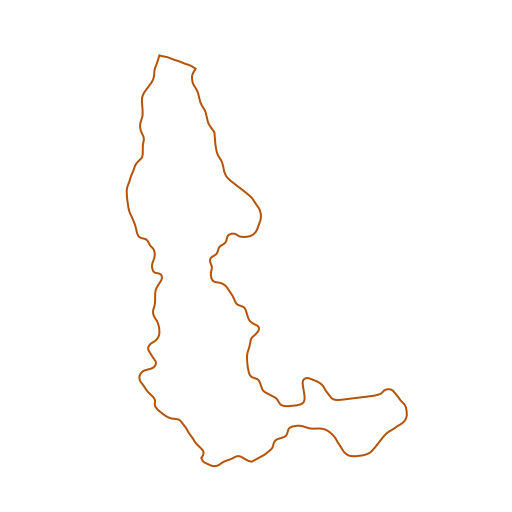 Los Cacaos, San Cristóbal, Dominican Republic (Albers equal-area conic projection), rotated 353°
{"feature_id": "3306468B25553756069478", "entity_name": "Los Cacaos", "entity_type": "district", "adm_level": 2, "iso_a3": "DOM", "parent_name": "Dominican Republic", "parent_adm1": "San Cristóbal", "projection": "albers", "projection_center": [-70.319, 18.609], "detail": "fine", "context": "isolated", "style": "outline", "palette": "amber", "viewbox_px": 512, "rotation_deg": 353, "n_neighbors": 0, "source": "geoboundaries", "source_scale": "gbopen_adm2", "svg_char_len": 5398}
<svg xmlns="http://www.w3.org/2000/svg" viewBox="0 0 512 512"><g transform="rotate(353 256 256)"><path d="M184.5,45.1L182.2,50.5L178.4,57.8L177.7,60.1L176.7,64.9L175.9,67.2L175.3,68.4L173.0,71.6L166.5,78.4L164.7,80.4L163.3,82.6L162.2,85.1L161.6,89.1L161.2,97.2L160.8,101.2L160.2,103.8L157.4,110.0L156.9,112.3L156.7,114.8L157.0,118.3L158.7,123.3L159.0,125.2L158.8,127.2L157.2,132.2L155.9,141.6L155.1,143.7L154.5,144.6L153.8,145.3L149.7,148.5L148.2,150.0L146.9,151.8L144.8,156.1L141.4,162.0L139.5,166.4L136.8,171.5L136.0,173.8L135.7,175.1L135.4,177.7L135.1,181.8L135.1,187.3L135.3,192.7L135.6,195.4L136.1,198.0L137.4,201.8L139.5,209.3L140.0,211.9L140.7,218.5L141.3,220.8L141.7,221.9L142.4,222.8L143.2,223.5L144.0,224.0L148.4,225.8L149.2,226.4L149.8,227.2L150.8,228.9L152.2,232.6L152.7,233.4L154.9,236.3L155.6,238.3L155.8,240.6L155.6,242.9L155.3,244.1L154.5,246.2L152.5,250.1L151.8,252.2L151.5,253.4L151.5,255.7L151.9,257.8L152.3,258.8L152.9,259.6L153.7,260.2L154.5,260.6L157.8,261.7L158.5,262.1L159.2,262.7L159.8,263.6L160.0,264.5L160.1,265.5L159.9,266.6L159.0,268.6L154.4,274.2L153.0,276.3L152.4,277.4L151.9,278.7L151.3,281.4L150.4,288.2L149.9,290.8L149.2,293.1L147.8,296.1L147.1,298.1L146.9,300.5L147.2,302.8L148.0,304.8L149.9,308.8L150.3,310.1L150.8,312.7L151.1,315.5L151.0,318.2L150.7,320.9L150.3,322.3L149.2,324.5L148.5,325.4L146.9,327.0L145.1,328.2L141.2,330.0L139.6,331.3L138.3,332.8L137.9,333.7L137.7,334.7L137.7,335.7L138.3,337.6L141.4,344.3L143.3,347.8L143.6,348.8L143.6,349.9L143.4,350.9L143.0,351.9L142.4,352.7L140.8,354.0L139.8,354.5L137.8,355.1L131.7,355.9L129.6,356.7L128.7,357.3L127.0,358.9L125.8,360.8L125.4,362.7L125.5,364.7L126.1,366.7L128.9,371.5L131.0,375.9L132.3,377.9L136.6,383.2L137.6,385.0L138.2,386.8L138.2,387.7L137.4,391.0L137.4,391.9L138.0,393.8L139.7,396.6L142.1,399.2L144.7,401.8L147.4,404.2L149.4,405.5L151.4,406.6L153.5,407.3L157.4,408.2L159.2,408.9L160.0,409.4L161.1,410.7L164.7,416.6L165.8,418.6L167.6,423.2L171.0,429.2L173.0,433.7L174.3,435.6L178.5,440.9L179.6,442.7L179.9,443.7L180.0,444.7L179.8,445.7L179.0,447.5L177.1,449.8L178.1,452.8L178.6,453.6L179.4,454.4L181.1,455.6L185.7,458.4L187.8,459.3L188.9,459.5L191.4,459.5L192.5,459.3L193.6,458.9L197.5,456.9L199.7,456.0L206.8,454.4L211.7,452.6L213.7,452.4L214.8,452.6L216.8,453.5L221.5,457.1L223.4,458.4L224.5,458.9L226.7,459.6L239.6,454.6L241.6,453.5L247.1,450.0L248.6,448.6L249.2,447.8L251.1,443.3L252.3,441.8L253.1,441.2L255.0,440.4L261.4,439.2L263.2,438.5L264.0,437.9L265.1,436.4L267.0,432.1L267.7,431.3L268.6,430.6L269.7,430.1L272.1,429.6L276.0,429.5L278.6,429.8L281.2,430.5L286.4,432.9L288.8,433.8L291.4,434.3L298.2,435.0L300.9,435.6L303.3,436.6L305.5,438.0L307.5,439.7L309.3,441.6L311.6,444.7L312.8,446.9L314.6,451.3L316.7,455.4L318.6,459.6L319.7,461.7L322.1,464.2L324.1,465.5L326.6,466.3L330.6,466.9L336.1,466.9L338.8,466.8L341.5,466.3L344.1,465.5L345.3,464.9L347.5,463.4L350.6,460.7L360.5,450.8L362.6,449.0L364.7,447.5L367.0,446.3L371.4,444.4L376.4,441.7L379.6,440.4L380.7,439.8L382.6,438.5L384.2,436.9L385.4,434.9L386.3,432.3L386.6,428.3L386.3,424.4L385.6,422.0L385.1,421.0L382.0,417.2L380.0,413.4L376.0,407.1L374.6,405.6L373.7,405.0L371.6,404.4L370.6,404.3L368.5,404.5L366.7,405.2L363.9,407.4L363.0,407.9L360.7,408.5L356.9,409.0L351.3,409.1L324.4,409.1L320.4,409.0L317.9,408.6L315.5,407.8L314.5,407.1L313.1,405.5L309.3,399.0L306.9,393.6L305.6,391.7L304.0,390.0L301.2,387.9L294.5,384.2L292.6,383.5L290.4,383.4L289.3,383.8L288.3,384.4L287.6,385.3L287.1,386.4L286.9,387.5L286.7,389.8L287.1,398.8L287.0,402.6L286.5,404.9L286.0,406.0L285.3,407.0L284.3,407.8L282.1,408.7L278.4,409.2L270.4,409.0L267.8,408.8L265.4,408.2L263.3,407.3L262.5,406.7L261.7,405.7L259.4,400.7L258.1,399.1L248.5,392.4L247.0,391.0L245.9,388.9L244.4,382.0L243.6,379.9L243.0,379.0L242.2,378.3L237.4,375.9L236.6,375.2L235.9,374.2L235.3,373.2L234.7,370.7L234.3,365.3L234.3,361.0L234.6,356.7L235.0,353.9L235.7,351.2L238.5,345.0L240.3,339.5L241.2,337.5L242.6,336.0L246.0,333.7L248.5,331.5L249.7,329.7L250.0,328.8L250.1,327.7L249.9,326.7L248.9,325.3L244.7,322.6L242.9,320.8L242.1,319.8L241.4,318.6L240.6,316.2L239.3,308.7L238.5,306.5L237.9,305.6L237.1,304.9L232.1,302.3L230.7,300.9L229.9,299.0L228.6,294.7L227.7,292.3L223.7,284.3L222.3,282.1L220.4,280.2L219.3,279.4L217.1,278.3L212.1,276.8L210.4,275.6L209.8,274.7L209.0,272.7L208.9,269.3L209.2,267.1L210.4,263.7L210.9,261.6L210.8,260.6L209.8,256.4L209.8,254.5L210.6,252.7L211.3,252.1L212.9,251.2L215.4,250.2L217.0,249.2L218.1,247.7L219.7,244.2L220.8,242.6L222.4,241.5L225.9,239.9L227.4,238.8L228.4,237.2L229.4,234.6L230.3,232.9L230.9,232.2L231.8,231.6L233.7,231.0L234.7,230.9L236.7,231.1L238.5,231.8L241.3,234.1L242.2,234.6L244.5,235.3L247.0,235.7L249.7,235.8L252.4,235.6L255.0,234.8L256.2,234.1L258.4,232.4L259.3,231.3L260.7,229.1L264.3,222.0L265.2,219.8L265.7,217.4L265.9,214.9L265.4,211.1L264.7,208.9L262.0,203.9L259.9,199.5L258.6,197.3L254.3,192.5L240.2,178.5L237.7,175.6L236.3,173.5L235.8,172.3L234.8,168.7L234.1,161.2L233.7,158.8L232.9,156.5L230.5,151.4L229.7,147.8L229.4,143.9L229.3,140.0L229.8,128.0L226.4,122.0L225.0,118.7L224.5,116.3L223.7,108.8L223.3,106.4L222.5,104.1L220.6,100.0L219.8,97.7L219.3,95.3L218.4,87.8L217.9,85.4L217.1,83.2L215.2,79.2L214.4,76.9L214.2,75.7L214.1,72.0L214.5,69.6L214.9,68.4L216.1,66.4L218.9,62.8L216.2,60.5L214.3,59.1L212.2,58.0L208.9,56.5L202.9,53.1L198.5,51.2L192.4,47.9L186.7,46.0L184.5,45.1Z" fill="none" stroke="#b45309" stroke-width="2"/></g></svg>